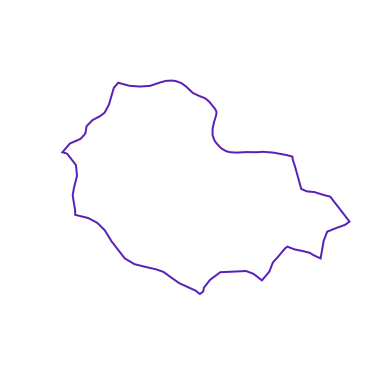 Toksong, Hamgyŏng-namdo, North Korea (Natural Earth projection), rotated 52°
{"feature_id": "82179303B35188226848964", "entity_name": "Toksong", "entity_type": "district", "adm_level": 2, "iso_a3": "PRK", "parent_name": "North Korea", "parent_adm1": "Hamgyŏng-namdo", "projection": "natural_earth1", "projection_center": [128.228, 40.466], "detail": "fine", "context": "isolated", "style": "outline", "palette": "violet", "viewbox_px": 384, "rotation_deg": 52, "n_neighbors": 0, "source": "geoboundaries", "source_scale": "gbopen_adm2", "svg_char_len": 1437}
<svg xmlns="http://www.w3.org/2000/svg" viewBox="0 0 384 384"><g transform="rotate(52 192 192)"><path d="M225.9,91.1L221.0,94.8L210.9,103.8L204.1,111.2L200.3,116.8L194.0,124.6L188.2,132.9L183.8,137.8L180.9,139.9L177.7,141.3L175.0,142.2L169.0,142.7L165.3,142.6L159.8,140.8L154.4,136.4L150.2,131.2L146.5,125.9L144.2,123.5L141.4,122.7L131.5,122.8L128.4,123.4L125.8,124.2L119.8,127.7L114.3,130.4L105.2,131.7L99.9,133.3L97.0,134.9L94.2,136.8L91.7,139.4L88.3,144.3L86.2,149.3L82.5,159.8L76.7,168.3L69.9,175.8L60.5,182.9L61.8,189.5L66.9,196.6L72.0,203.6L75.7,212.1L75.6,217.7L74.1,226.1L75.2,234.5L80.3,240.1L81.5,247.2L78.6,258.4L80.9,269.6L84.9,266.8L99.4,266.9L108.4,272.6L116.1,282.5L121.2,288.1L129.0,292.4L134.2,295.2L138.1,298.1L148.8,289.7L158.1,285.6L168.6,284.3L181.7,285.8L190.9,285.8L202.8,285.9L213.4,281.8L224.1,273.4L230.8,267.9L237.4,263.7L246.7,261.0L256.0,258.2L263.9,254.1L271.9,249.9L277.2,248.6L277.3,245.1L277.3,244.4L274.7,241.5L272.3,231.7L272.5,224.7L272.6,219.1L276.6,213.5L287.5,198.1L294.2,194.0L299.4,192.6L300.9,192.3L304.7,191.3L302.3,180.0L297.3,171.6L296.1,164.5L294.9,158.9L293.7,153.3L293.8,150.5L300.5,146.4L307.1,140.8L312.5,136.6L316.4,135.2L323.5,131.6L318.0,125.4L311.6,118.4L306.5,109.9L309.3,100.1L312.1,91.7L312.3,86.1L295.2,86.0L287.3,86.0L280.8,85.9L275.4,90.1L267.4,95.6L262.1,101.2L256.8,104.0L246.4,99.7L236.0,95.4L228.2,92.5L225.9,91.1Z" fill="none" stroke="#5b21b6" stroke-width="2"/></g></svg>